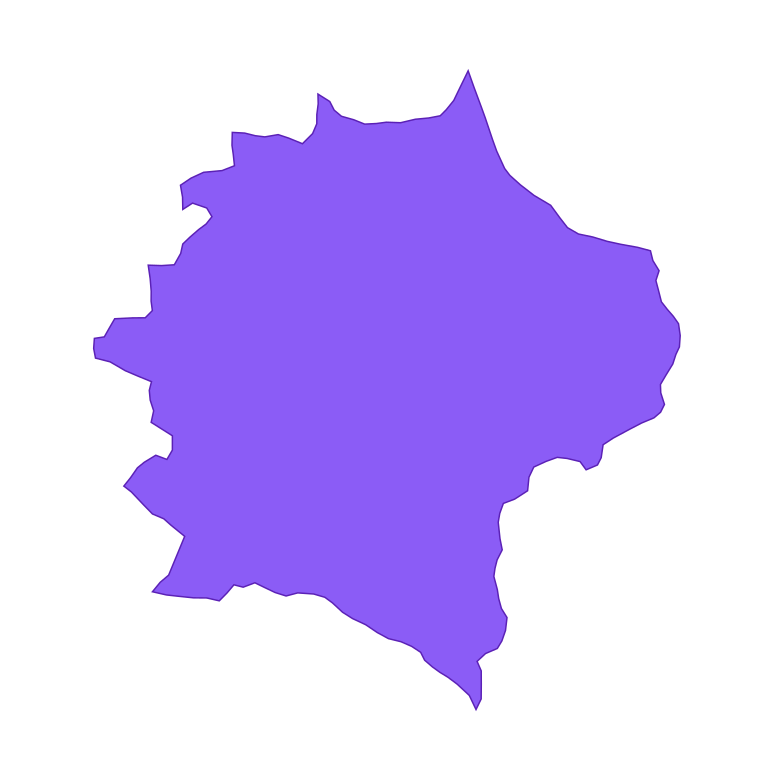 outline of Nova Ramada, Rio Grande do Sul, Brazil, rotated 94°
{"feature_id": "56859067B54633042037879", "entity_name": "Nova Ramada", "entity_type": "district", "adm_level": 2, "iso_a3": "BRA", "parent_name": "Brazil", "parent_adm1": "Rio Grande do Sul", "projection": "mercator", "projection_center": [-53.7, -28.075], "detail": "fine", "context": "isolated", "style": "filled", "palette": "violet", "viewbox_px": 768, "rotation_deg": 94, "n_neighbors": 0, "source": "geoboundaries", "source_scale": "gbopen_adm2", "svg_char_len": 2416}
<svg xmlns="http://www.w3.org/2000/svg" viewBox="0 0 768 768"><g transform="rotate(94 384 384)"><path d="M607.4,600.5L609.6,586.4L610.1,574.1L610.6,559.2L609.8,545.9L611.8,533.2L603.5,526.1L594.8,519.7L596.5,510.3L591.3,498.9L595.3,489.0L599.6,478.1L602.3,466.9L598.4,455.5L598.4,439.5L600.9,428.1L605.9,420.2L614.6,409.4L620.2,399.0L625.4,385.5L632.4,373.4L637.7,361.8L639.9,349.1L643.8,338.1L649.1,328.7L656.7,324.2L662.9,315.9L667.8,308.0L672.0,299.9L678.3,290.1L688.7,277.2L702.3,269.5L691.4,265.1L676.8,266.0L663.4,267.0L654.2,271.8L645.8,263.9L639.9,252.5L632.1,248.5L621.4,245.6L608.4,245.0L599.8,251.2L590.1,254.6L581.2,256.6L568.3,261.0L560.0,260.4L551.6,258.9L541.2,254.5L530.2,257.5L514.0,260.4L505.0,259.5L494.8,256.6L489.7,245.6L480.5,233.3L466.9,232.9L456.4,228.8L449.9,216.9L445.1,206.1L445.5,196.1L447.7,183.0L455.5,176.4L449.9,165.4L442.4,162.2L429.3,161.2L422.0,151.6L412.0,135.8L405.0,124.4L398.9,112.3L392.8,106.1L384.8,102.8L373.5,107.3L365.2,108.2L355.2,103.2L343.9,97.3L334.2,94.9L326.4,91.9L315.0,91.9L303.3,94.4L296.3,100.1L289.7,106.7L282.7,113.0L271.5,116.7L261.8,120.0L251.8,117.5L242.1,124.4L232.5,127.5L230.0,140.4L228.1,157.7L226.1,171.4L222.8,185.9L220.8,200.5L215.2,211.9L205.8,220.3L194.1,230.2L185.4,247.5L175.7,262.0L167.1,273.0L160.6,278.7L143.9,287.8L133.0,292.6L111.6,301.5L101.2,306.1L82.0,314.8L65.7,321.9L86.3,330.2L96.3,334.2L106.0,341.0L112.5,346.6L115.5,357.9L117.7,371.2L122.2,385.7L122.7,400.0L124.7,409.8L126.1,421.4L122.5,432.6L119.9,445.1L114.3,452.8L106.0,457.8L99.4,470.1L109.1,469.2L119.9,469.8L129.1,469.2L139.2,472.7L150.0,482.1L145.3,496.4L142.6,507.0L145.8,520.1L145.3,529.7L143.4,540.5L143.6,552.9L156.5,552.3L165.4,550.4L176.7,548.4L182.4,560.4L185.4,578.7L192.1,590.9L199.9,600.9L211.6,598.0L223.9,596.9L216.9,587.6L220.8,573.1L229.1,567.3L236.8,572.6L242.9,579.7L251.2,588.0L258.4,594.5L267.9,595.9L279.7,601.5L281.4,614.2L281.9,627.5L295.3,624.6L307.7,622.7L317.6,622.1L326.9,620.2L334.6,626.8L335.6,639.5L337.7,657.2L347.3,661.9L356.5,666.3L358.7,676.1L368.8,676.1L378.3,673.6L381.0,658.8L388.8,643.0L393.6,629.1L397.9,616.1L406.7,617.7L416.4,616.1L426.8,611.9L438.5,613.6L444.3,602.8L450.4,591.5L464.7,590.5L474.4,595.3L471.0,606.7L478.8,617.7L484.8,624.1L495.0,630.2L504.0,636.4L509.3,628.5L521.5,615.2L529.8,605.9L533.8,594.3L539.9,586.4L549.9,572.2L589.7,585.5L597.4,593.4L607.4,600.5Z" fill="#8b5cf6" stroke="#5b21b6" stroke-width="1.5"/></g></svg>